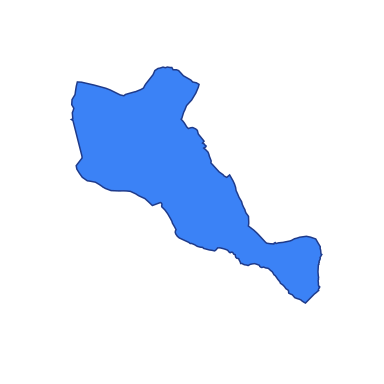 Doguwa, Kano, Nigeria (Natural Earth projection), rotated 140°
{"feature_id": "59680162B97563361057366", "entity_name": "Doguwa", "entity_type": "district", "adm_level": 2, "iso_a3": "NGA", "parent_name": "Nigeria", "parent_adm1": "Kano", "projection": "natural_earth1", "projection_center": [8.639, 10.884], "detail": "fine", "context": "isolated", "style": "filled", "palette": "blue", "viewbox_px": 384, "rotation_deg": 140, "n_neighbors": 0, "source": "geoboundaries", "source_scale": "gbopen_adm2", "svg_char_len": 3749}
<svg xmlns="http://www.w3.org/2000/svg" viewBox="0 0 384 384"><g transform="rotate(140 192 192)"><path d="M237.8,325.1L237.3,323.2L253.3,290.1L254.4,288.7L263.8,286.6L265.5,283.6L266.2,278.7L266.4,276.2L266.6,273.8L265.0,267.9L263.1,265.8L259.7,261.6L258.2,257.4L257.3,254.2L257.0,252.7L256.8,252.4L256.1,250.4L253.1,245.1L250.8,243.0L247.4,239.9L243.6,236.8L241.4,234.8L241.1,234.5L238.8,232.1L236.3,226.8L235.3,223.6L234.3,221.4L232.3,217.2L231.7,212.9L231.1,207.5L231.0,207.1L222.9,204.2L222.6,203.2L222.8,202.1L223.5,201.3L224.2,200.9L224.5,200.3L224.7,199.7L224.5,198.4L224.3,195.4L224.6,191.0L225.5,185.9L226.2,182.5L227.0,180.8L227.7,176.8L228.4,173.4L229.6,172.9L230.7,172.0L231.4,170.4L231.7,167.5L231.3,165.0L228.3,158.6L226.8,155.4L226.5,153.7L225.3,152.7L223.9,150.0L222.9,147.0L221.1,144.4L219.4,142.7L219.4,141.4L217.6,138.8L216.0,136.5L214.1,134.4L212.6,132.4L211.6,132.2L210.3,132.3L208.3,132.7L206.5,131.3L205.1,129.4L203.9,127.7L202.7,125.7L202.1,124.3L202.2,122.8L202.1,121.5L201.6,120.8L200.7,120.8L199.7,119.7L199.8,118.5L200.0,117.6L199.2,116.3L199.7,115.4L200.4,114.0L200.3,112.5L199.1,111.0L199.5,109.9L200.0,107.5L200.7,105.9L199.7,105.2L199.1,103.5L198.3,102.2L197.3,101.2L196.3,99.6L193.8,99.1L191.6,97.9L190.0,96.8L188.6,94.6L187.5,92.5L187.9,91.5L187.7,90.4L187.1,89.3L185.4,88.5L184.4,86.5L182.8,84.7L182.4,83.2L182.3,81.6L181.8,79.5L182.0,77.8L182.4,75.9L182.0,74.5L182.1,72.9L182.4,69.8L182.4,66.9L182.9,65.2L182.2,62.6L182.0,60.2L182.2,57.5L181.5,55.2L181.6,54.1L182.3,53.4L182.9,52.3L182.2,50.7L181.2,48.8L181.2,47.4L181.2,45.0L180.1,43.0L178.8,41.0L177.9,39.2L177.8,38.0L177.2,35.9L176.5,34.0L163.9,35.2L161.4,35.1L159.1,35.2L158.3,35.1L158.1,35.8L157.7,36.1L156.8,36.7L156.2,36.6L155.6,36.9L155.1,37.3L155.1,37.7L155.5,37.9L155.3,38.8L154.9,39.6L153.7,41.0L152.4,43.0L151.0,44.0L150.7,44.7L149.9,45.2L149.2,46.5L146.8,49.9L143.4,53.5L142.0,55.0L141.3,55.0L140.6,56.0L139.8,56.3L139.2,57.2L138.1,57.7L136.7,58.4L136.0,59.5L132.7,60.7L133.0,61.8L132.4,62.5L130.8,64.8L130.1,66.4L128.9,67.7L128.2,72.0L127.4,76.5L130.2,81.2L132.8,84.5L138.5,88.1L141.5,89.3L143.5,90.3L147.0,91.0L148.6,91.6L153.1,94.1L154.5,94.8L158.3,97.4L160.5,98.4L160.7,98.5L160.8,99.8L161.1,99.8L161.4,99.9L161.8,100.0L162.1,100.0L162.7,99.6L163.0,99.9L165.4,102.2L167.7,104.8L168.0,106.5L168.3,112.7L168.5,116.8L168.7,119.2L169.2,123.1L170.7,129.7L168.8,131.4L167.8,132.6L164.4,137.0L164.1,141.3L163.6,142.9L162.8,144.6L162.4,146.8L161.5,150.0L160.2,152.8L159.4,157.7L158.2,161.5L157.3,164.8L155.6,167.6L154.3,170.9L153.4,174.2L153.0,176.4L152.2,180.9L156.0,180.9L157.1,183.6L157.1,185.3L158.3,189.9L158.8,202.2L157.4,203.4L156.6,205.6L155.7,208.3L155.0,209.7L154.4,211.3L154.1,212.4L154.4,216.3L154.7,217.3L154.8,218.1L153.8,218.0L153.0,217.8L152.8,217.7L152.2,217.8L151.8,218.0L151.6,218.2L151.8,219.0L151.9,219.8L151.8,220.9L151.8,221.1L152.1,221.5L152.2,221.9L152.5,222.7L150.1,223.2L149.9,232.4L148.3,235.8L148.6,237.9L150.0,240.9L151.4,241.9L154.0,243.0L154.2,245.4L153.8,247.7L153.5,249.9L153.4,252.2L153.5,253.8L153.5,254.8L152.4,255.0L148.3,257.7L146.8,258.6L144.9,259.4L142.7,260.6L140.6,261.7L133.1,262.7L125.5,265.3L120.0,268.1L117.4,269.9L118.5,272.9L120.8,275.9L120.9,278.4L123.9,286.6L124.2,293.6L125.3,295.6L127.9,297.8L127.7,298.8L127.4,300.3L128.7,301.4L130.6,303.6L132.5,304.3L133.9,306.3L137.1,307.6L138.1,308.2L138.7,308.5L142.4,308.9L146.4,306.9L157.9,304.5L159.8,303.9L162.3,302.8L165.1,303.3L171.0,305.2L171.4,305.5L176.0,307.6L180.3,309.5L182.3,309.5L184.6,312.5L187.3,318.7L189.1,322.8L191.3,326.8L198.3,336.9L206.1,347.2L209.1,350.0L212.4,347.6L215.9,344.6L219.0,341.8L224.5,339.9L228.0,336.2L228.7,332.1L230.6,330.8L232.8,329.6L236.3,324.6L237.8,325.1Z" fill="#3b82f6" stroke="#1e3a8a" stroke-width="1.5"/></g></svg>